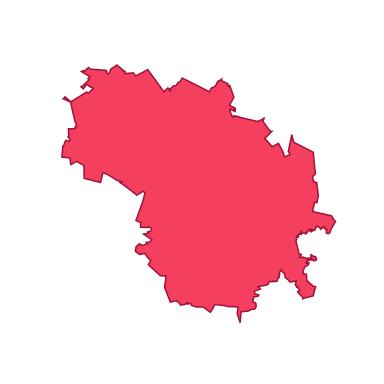 the district of El Fuerte, Sinaloa, Mexico, rotated 103°
{"feature_id": "50627088B83457177137003", "entity_name": "El Fuerte", "entity_type": "district", "adm_level": 2, "iso_a3": "MEX", "parent_name": "Mexico", "parent_adm1": "Sinaloa", "projection": "robinson", "projection_center": [-108.711, 26.237], "detail": "fine", "context": "isolated", "style": "filled", "palette": "rose", "viewbox_px": 384, "rotation_deg": 103, "n_neighbors": 0, "source": "geoboundaries", "source_scale": "gbopen_adm2", "svg_char_len": 5818}
<svg xmlns="http://www.w3.org/2000/svg" viewBox="0 0 384 384"><g transform="rotate(103 192 192)"><path d="M158.2,326.6L165.5,324.6L166.1,325.2L168.5,322.3L170.3,323.0L170.1,324.3L170.2,326.8L175.6,327.5L176.1,328.2L187.3,326.6L186.3,318.8L192.5,316.2L188.2,311.3L190.4,303.3L203.0,300.1L203.3,283.3L193.2,283.1L194.0,277.8L197.6,267.4L197.9,262.7L198.9,264.2L202.7,255.2L207.5,245.1L202.3,239.7L203.2,237.6L211.6,237.8L232.5,240.2L233.2,235.0L238.0,234.3L236.0,225.0L236.2,223.4L237.9,223.0L239.5,223.8L240.9,226.2L241.8,225.0L243.9,229.7L247.6,220.2L250.6,222.3L251.4,225.4L252.8,224.3L255.3,228.6L254.1,231.5L258.0,234.2L262.6,233.9L264.7,229.0L262.5,224.1L265.9,220.3L267.8,216.9L272.7,218.1L280.7,204.0L279.7,198.4L291.0,197.3L304.2,188.3L301.3,182.7L301.7,182.4L302.1,181.9L302.3,180.8L303.6,178.6L304.9,177.8L302.9,173.1L302.3,172.8L302.1,172.2L302.1,171.0L301.1,171.9L301.3,167.5L302.6,167.1L303.1,162.0L301.5,155.3L305.1,147.1L301.0,145.5L296.5,144.5L295.4,134.1L295.6,131.0L294.7,127.0L294.5,126.8L293.8,121.2L300.3,120.6L308.6,115.7L297.7,117.2L295.3,110.3L292.7,107.3L292.3,105.0L291.0,104.0L289.4,104.0L288.9,103.7L285.7,105.0L285.4,108.1L280.2,108.2L279.4,105.8L278.6,104.1L277.4,103.7L277.2,104.8L277.0,108.1L276.4,108.2L276.0,108.5L275.3,108.5L274.7,109.0L271.1,103.5L269.3,106.2L265.8,98.2L265.1,98.0L264.6,97.0L264.4,96.9L263.7,96.7L262.8,97.1L261.5,96.4L261.4,96.2L261.7,94.6L261.3,93.3L260.3,92.9L260.3,92.5L260.7,92.4L260.5,90.4L259.7,88.9L258.5,89.2L256.7,88.6L256.2,88.9L255.3,87.7L253.5,88.5L253.0,88.4L252.5,88.0L251.8,88.7L251.1,88.3L250.2,88.6L249.0,87.8L247.6,87.4L249.9,85.3L250.3,83.8L250.5,83.9L252.8,82.5L254.4,82.0L255.9,78.6L257.7,76.3L257.0,74.2L256.4,73.7L256.5,73.5L256.1,72.6L256.2,72.4L255.1,70.5L258.9,70.6L260.7,68.8L261.4,68.4L261.4,67.1L261.7,66.7L263.4,65.1L264.2,65.0L264.8,65.9L264.9,66.3L265.4,66.7L266.1,66.2L269.6,60.6L271.2,60.0L270.6,59.5L265.9,50.5L261.3,50.5L256.4,50.2L256.6,52.9L256.4,52.9L256.2,53.6L255.1,54.7L254.6,56.8L253.1,58.5L253.0,59.0L253.1,59.9L252.1,60.1L251.9,60.4L246.4,62.0L246.8,64.7L246.3,64.6L245.3,66.0L239.7,65.4L238.2,63.6L236.8,62.2L235.9,62.7L235.3,62.1L234.7,62.0L234.7,63.1L235.4,63.5L235.6,64.7L235.0,64.5L234.7,64.6L234.7,64.4L234.0,64.1L233.7,64.5L233.1,63.6L232.6,63.6L232.3,63.0L231.7,63.5L230.9,62.1L231.2,61.7L231.7,61.5L231.5,60.7L230.9,61.1L231.0,61.5L230.5,62.0L229.7,61.2L230.2,61.1L230.6,60.6L230.5,60.1L231.0,59.9L230.8,59.4L231.0,59.2L231.1,58.7L231.3,58.8L231.4,58.5L231.4,58.1L231.6,57.7L231.1,56.5L230.8,56.0L230.1,55.4L228.7,56.0L227.4,57.0L227.1,57.4L227.1,57.7L227.7,58.4L227.4,58.8L227.4,59.2L227.0,59.9L227.0,60.5L226.3,61.4L226.2,61.8L226.4,62.0L226.7,61.4L227.1,61.2L228.1,61.6L229.1,61.4L229.9,61.8L230.3,62.3L230.4,62.9L230.1,63.1L230.1,63.9L230.5,64.3L231.0,64.1L231.4,65.4L230.4,66.7L230.8,68.6L230.4,68.9L231.1,70.3L230.8,70.6L230.8,71.2L231.4,72.4L228.3,71.3L228.3,73.7L216.2,79.8L215.2,79.3L214.8,79.4L214.9,79.7L214.8,79.8L213.0,79.8L212.4,79.2L212.2,78.5L211.5,78.6L211.1,78.2L210.9,78.5L211.6,79.3L211.5,79.7L211.3,79.9L210.5,78.7L210.1,79.0L209.7,79.0L209.5,78.4L208.7,77.4L208.1,77.6L207.9,77.4L208.0,77.2L208.6,77.1L208.9,76.8L208.8,76.0L208.5,76.0L208.4,76.4L207.6,76.3L206.9,76.7L206.5,77.1L205.8,76.6L206.5,76.4L207.0,75.1L207.1,74.5L206.7,73.8L206.6,73.3L207.2,72.5L206.7,72.0L207.0,71.4L205.6,70.9L205.3,71.2L204.6,70.8L204.9,70.4L203.9,70.1L203.0,69.4L202.9,68.8L202.2,69.4L201.8,68.6L203.5,68.0L203.9,67.5L203.9,66.6L202.9,65.9L202.7,66.4L203.0,67.5L202.3,67.7L201.7,67.3L201.5,66.8L202.0,66.1L201.7,64.3L201.5,64.6L200.0,63.4L198.8,63.0L198.6,63.2L197.2,62.6L197.0,62.1L197.3,60.9L198.1,60.1L198.2,58.9L199.3,58.3L198.1,57.5L197.8,56.7L197.4,56.3L196.7,56.4L196.1,55.3L196.9,54.7L198.1,54.2L197.9,53.6L198.3,53.2L198.3,52.0L199.5,52.3L200.6,52.3L201.9,51.8L202.0,51.5L201.7,51.1L202.0,50.2L201.4,49.2L200.8,48.6L200.2,48.4L199.3,48.4L197.8,48.1L197.5,48.4L188.4,45.5L187.3,47.4L183.8,50.8L183.9,70.2L174.4,70.2L174.4,67.9L167.4,68.0L154.8,72.6L154.8,74.9L154.5,74.9L154.4,75.2L154.6,75.8L154.2,76.2L152.5,76.6L151.4,77.8L149.1,77.7L149.0,77.3L148.6,76.9L146.6,76.0L146.2,76.1L145.9,75.9L140.4,78.0L126.0,82.8L120.6,104.2L113.6,107.7L130.9,107.3L132.7,105.3L133.6,105.0L134.1,105.9L135.7,107.9L136.5,108.6L136.5,110.1L133.1,111.9L128.8,115.5L125.1,118.8L129.8,123.9L123.5,133.2L114.9,127.8L115.2,129.6L107.1,138.8L103.1,138.1L105.1,139.4L108.2,143.5L108.5,143.4L108.5,164.4L108.2,164.0L108.1,167.9L109.1,167.8L109.7,169.4L108.1,170.6L108.1,171.1L103.0,173.8L102.6,173.6L103.9,168.2L103.7,168.2L103.2,168.8L102.3,169.5L102.4,168.3L101.1,168.4L100.6,168.7L99.1,175.0L90.2,172.5L80.2,178.9L81.0,179.3L80.9,180.0L80.1,179.8L79.7,181.7L78.5,181.3L76.7,188.8L75.4,188.5L78.6,191.8L83.5,193.0L84.1,193.9L85.4,194.4L85.7,196.0L86.9,196.7L90.4,197.6L84.6,221.0L83.2,227.2L87.3,228.4L87.5,228.5L88.2,230.2L91.0,231.0L91.3,231.4L91.9,231.6L92.5,232.7L92.5,233.4L93.3,234.5L94.5,234.8L96.3,236.7L96.6,236.6L98.1,235.5L98.6,235.6L97.2,238.0L96.1,238.9L100.6,242.0L82.7,262.6L91.7,273.0L89.1,275.9L91.6,283.9L89.2,284.6L89.3,284.8L89.6,284.9L89.3,287.1L88.8,287.3L88.5,287.1L86.4,291.1L86.1,292.7L85.2,293.1L85.2,293.5L85.6,294.4L87.7,295.7L88.0,296.0L88.1,296.6L90.3,298.6L91.3,298.9L91.7,298.8L92.5,299.0L93.7,299.0L95.2,299.7L95.2,300.1L95.8,300.3L95.8,300.7L95.1,301.8L93.3,302.4L93.5,302.8L92.8,303.1L95.1,318.7L93.9,320.8L98.6,324.0L98.1,325.0L99.5,326.9L102.6,317.3L105.0,318.9L105.8,317.5L113.5,322.6L114.0,323.4L114.5,323.9L115.9,321.1L111.2,319.0L110.9,318.5L112.0,315.8L112.7,314.7L112.3,314.0L112.2,313.5L112.9,312.6L113.4,311.5L119.2,315.4L118.3,317.2L131.4,330.3L127.8,337.2L128.6,337.5L128.9,337.3L130.1,338.5L131.7,330.6L149.8,321.8L150.3,320.8L152.1,320.3L152.5,319.9L154.2,319.1L154.5,320.5L156.5,320.1L156.6,320.4L158.2,326.6Z" fill="#f43f5e" stroke="#9f1239" stroke-width="1.5"/></g></svg>